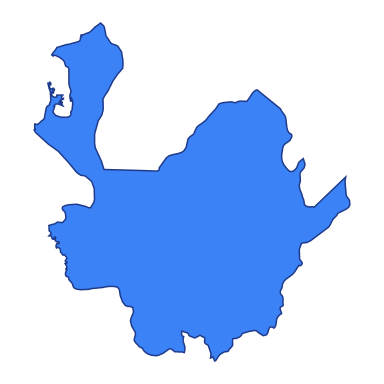 map outline of Antioquia (orthographic projection)
{"feature_id": "COL-1314", "entity_name": "Antioquia", "entity_type": "Department", "adm_level": 1, "iso_a3": "COL", "parent_name": "Colombia", "parent_adm1": "", "projection": "orthographic", "projection_center": [-75.909, 7.152], "detail": "fine", "context": "isolated", "style": "filled", "palette": "blue", "viewbox_px": 384, "rotation_deg": 0, "n_neighbors": 0, "source": "natural_earth", "source_scale": "10m", "svg_char_len": 5808}
<svg xmlns="http://www.w3.org/2000/svg" viewBox="0 0 384 384"><path d="M47.9,83.3L48.8,83.5L49.4,82.3L50.2,82.3L50.8,83.3L50.7,84.9L50.1,84.9L49.4,84.3L49.4,86.7L50.1,88.5L51.3,89.1L52.8,88.3L52.8,90.3L54.1,88.9L54.5,89.9L53.6,91.5L53.4,93.0L51.4,92.3L52.0,95.8L54.4,97.3L56.6,97.0L56.8,95.1L62.8,95.1L61.7,96.9L61.4,98.0L61.4,99.1L62.1,99.1L63.4,98.4L63.4,99.1L60.1,100.4L60.0,101.1L61.5,101.5L62.3,102.4L62.1,103.1L61.1,102.4L59.4,102.4L60.2,103.3L62.1,104.6L62.8,105.8L60.3,104.7L57.7,103.9L55.4,104.2L54.1,105.8L54.0,106.2L54.7,106.4L52.9,112.0L55.5,115.4L60.7,117.1L66.7,117.3L69.0,116.7L70.0,116.0L70.7,115.2L71.0,114.4L70.7,112.3L70.9,111.5L71.8,110.5L72.1,109.5L72.7,103.5L72.5,100.7L71.4,98.4L71.0,99.7L71.4,101.1L70.7,101.1L70.3,99.5L69.9,97.3L69.9,95.0L71.0,91.7L70.6,89.6L69.4,86.3L68.9,83.1L68.9,69.4L68.4,67.5L65.8,66.2L65.2,64.8L64.8,63.1L64.2,61.4L62.3,59.3L59.2,57.2L55.7,55.5L52.9,55.2L52.9,55.9L51.7,54.9L53.3,52.4L55.7,49.6L56.9,47.5L66.6,44.5L68.9,44.3L78.4,41.6L79.6,40.9L80.2,40.1L80.4,37.9L80.8,37.0L81.6,36.4L81.6,35.8L80.9,35.8L80.9,35.1L82.8,34.8L89.4,32.3L90.7,31.4L95.0,27.1L100.6,23.0L103.8,26.0L104.5,28.0L106.0,35.9L108.4,39.3L110.2,42.2L111.6,43.7L116.8,45.5L118.4,47.0L121.5,51.8L122.8,59.8L123.0,64.1L122.7,68.3L117.5,74.3L112.9,81.0L107.8,91.2L104.8,95.6L103.0,98.9L103.2,108.0L103.0,110.6L101.7,115.3L98.2,120.9L94.6,134.1L94.6,143.5L95.3,147.9L101.4,161.2L104.0,169.5L140.7,170.5L156.7,171.1L157.8,170.8L159.0,170.1L159.4,167.6L166.3,157.9L169.1,155.8L172.6,154.7L178.3,153.5L182.0,152.2L183.8,150.9L186.2,147.3L188.0,139.1L189.3,137.4L191.0,135.9L193.5,134.3L196.6,127.5L198.2,125.9L203.2,122.4L206.0,120.0L209.6,115.4L215.6,109.0L218.9,104.0L220.3,103.4L222.8,102.7L230.1,101.9L232.3,102.0L234.0,102.6L235.3,102.7L236.6,102.3L238.0,101.5L239.5,101.2L241.4,101.1L246.8,101.4L249.8,97.4L252.3,93.3L253.9,91.6L255.5,90.4L257.2,89.9L280.2,108.6L282.0,111.7L283.8,114.2L284.8,115.4L285.8,118.2L286.9,128.0L287.8,130.9L289.0,132.8L291.4,134.3L291.9,135.5L291.6,137.3L290.1,140.1L288.3,141.7L286.2,143.1L284.1,144.7L282.9,147.2L281.6,155.2L281.7,158.3L282.1,160.9L284.0,165.1L287.3,169.2L289.3,171.1L291.2,171.6L293.2,171.2L295.4,169.3L296.7,167.7L298.3,163.5L299.4,161.7L303.3,158.6L305.0,164.1L304.5,166.6L303.9,168.2L300.9,171.6L300.2,172.9L299.9,175.1L300.3,177.4L300.3,181.3L299.3,184.7L299.4,187.1L300.1,190.1L301.8,194.1L302.6,197.2L303.7,199.9L304.4,204.2L305.4,205.7L307.8,206.7L309.7,207.0L312.5,206.7L314.3,207.1L345.7,177.0L345.0,181.6L346.1,194.1L346.5,196.2L348.7,199.1L349.5,200.5L349.9,204.6L348.7,207.2L346.3,209.1L338.4,213.0L337.5,213.7L336.9,215.2L332.8,219.5L329.8,225.5L328.5,227.2L310.6,240.7L306.9,242.5L303.0,242.9L301.4,243.5L299.3,249.3L299.6,258.3L299.8,259.6L301.4,261.4L302.0,262.4L302.2,263.4L301.7,264.6L300.9,265.5L299.9,265.8L298.9,265.3L294.4,272.3L291.9,274.9L285.8,279.3L283.9,281.4L282.6,283.9L281.9,288.1L280.6,290.4L280.2,291.7L280.3,293.2L280.8,294.2L282.2,295.8L282.9,297.4L283.0,298.8L282.9,302.9L283.2,305.0L282.9,305.8L280.2,307.3L280.1,309.1L281.6,313.2L281.2,314.0L280.0,314.5L278.7,315.8L277.6,317.3L276.8,318.7L275.9,324.9L274.7,327.6L273.8,328.1L272.3,326.9L270.6,327.1L269.5,327.5L268.4,330.3L267.9,332.4L266.7,334.7L263.4,335.7L262.5,335.2L258.4,332.6L256.6,330.9L254.7,330.4L248.8,331.5L242.5,333.4L240.7,336.1L239.5,337.0L236.4,338.4L232.7,338.7L232.5,341.3L232.7,344.9L231.9,346.5L228.6,350.1L228.5,350.9L227.7,351.5L225.2,351.7L224.0,352.1L220.5,354.1L219.0,355.5L215.7,360.6L214.6,361.0L213.1,357.0L210.5,358.0L211.0,354.5L210.7,352.8L208.4,345.9L207.7,344.9L205.7,343.9L204.7,342.7L204.5,341.8L204.8,338.9L204.6,337.9L204.0,337.3L202.5,336.8L201.0,335.8L199.9,335.3L195.6,337.7L194.0,337.8L193.4,337.4L189.7,336.0L188.8,335.1L188.3,333.7L187.2,332.7L185.9,332.5L182.8,331.4L181.6,331.3L181.7,334.7L182.2,336.0L183.7,336.5L183.1,339.5L183.1,340.9L184.7,346.3L184.9,348.3L184.8,350.3L184.3,352.6L181.7,351.9L179.5,352.0L177.4,351.8L175.3,351.8L174.4,351.6L173.3,350.5L170.7,348.7L169.3,348.9L162.9,353.4L157.7,355.5L155.6,355.7L151.1,355.1L147.6,353.8L145.5,352.4L143.7,350.6L142.5,348.3L139.6,346.9L135.8,342.9L135.2,342.2L134.2,340.4L134.3,338.8L135.5,334.6L135.2,332.1L131.7,326.1L130.5,321.3L130.8,318.9L133.5,312.2L132.9,307.7L130.4,306.5L127.8,306.4L125.3,305.5L122.6,301.9L120.3,295.8L119.4,289.8L118.5,288.2L116.7,286.9L113.3,286.4L109.6,286.4L105.8,286.8L102.6,287.5L92.4,288.5L88.1,289.4L80.3,289.7L77.9,289.3L75.3,288.7L74.0,287.7L73.1,286.4L72.7,284.5L71.7,282.7L69.0,279.8L68.4,277.0L66.4,276.4L65.8,275.7L65.4,274.1L65.7,272.2L66.3,270.5L67.1,269.6L65.8,269.0L66.8,267.4L66.7,266.3L65.1,263.6L66.5,263.3L67.1,262.2L65.5,261.8L65.3,260.8L65.9,259.6L66.8,258.5L66.8,257.7L64.5,254.8L63.1,255.2L62.3,254.4L61.5,253.1L60.5,252.1L60.5,250.4L60.1,249.0L59.1,248.0L57.8,247.3L56.5,248.0L56.0,246.7L56.2,244.8L57.1,243.2L57.7,243.3L58.4,243.8L58.9,243.7L59.2,242.3L58.7,241.8L56.5,241.5L55.8,241.3L55.1,240.2L55.2,239.3L55.8,237.6L55.3,237.0L54.4,237.6L53.6,238.7L53.8,239.2L52.7,239.1L52.1,238.7L51.5,236.1L50.8,235.9L49.0,235.9L50.9,233.8L51.1,233.2L50.8,232.3L49.4,231.2L49.1,230.1L49.0,226.5L48.8,225.5L53.1,224.2L54.4,224.0L57.5,222.1L62.1,222.6L63.0,222.2L63.4,221.5L64.6,220.4L65.5,219.2L65.9,217.8L65.5,214.1L65.1,212.5L64.5,211.4L63.0,210.3L62.2,208.3L62.6,206.9L64.1,206.1L66.0,205.3L68.8,204.8L75.1,204.3L77.1,204.3L85.2,206.3L88.2,207.6L90.5,207.8L93.8,202.4L94.5,199.6L94.2,188.6L92.1,182.5L90.8,180.7L85.5,176.2L84.1,175.7L80.8,175.3L78.2,173.6L76.3,172.0L68.4,162.3L58.3,151.3L48.2,144.0L35.7,132.6L34.1,130.0L34.7,129.3L35.3,129.3L35.0,128.2L34.8,127.9L34.7,128.0L34.7,124.0L37.3,124.5L39.5,123.0L41.4,121.0L43.0,119.9L44.3,118.5L46.1,108.5L46.7,107.0L47.5,106.1L49.4,104.9L49.7,103.1L50.3,102.1L50.9,100.0L50.3,91.8L49.1,88.3L47.9,83.3Z" fill="#3b82f6" stroke="#1e3a8a" stroke-width="1.5"/></svg>